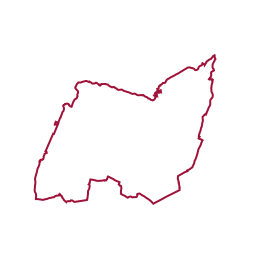 the district of Podenii Noi, Prahova, Romania, rotated 17°
{"feature_id": "2599482B3900560303357", "entity_name": "Podenii Noi", "entity_type": "district", "adm_level": 2, "iso_a3": "ROU", "parent_name": "Romania", "parent_adm1": "Prahova", "projection": "orthographic", "projection_center": [26.195, 45.112], "detail": "fine", "context": "isolated", "style": "outline", "palette": "rose", "viewbox_px": 256, "rotation_deg": 17, "n_neighbors": 0, "source": "geoboundaries", "source_scale": "gbopen_adm2", "svg_char_len": 5689}
<svg xmlns="http://www.w3.org/2000/svg" viewBox="0 0 256 256"><g transform="rotate(17 128 128)"><path d="M62.2,222.4L67.8,221.6L68.3,221.2L69.2,220.7L69.4,220.4L70.8,219.9L73.2,218.0L74.4,217.5L76.2,216.3L77.4,215.9L78.4,214.2L78.9,214.1L79.7,213.4L80.4,213.3L81.4,212.8L81.7,212.3L81.5,211.9L81.6,211.6L81.8,211.6L82.3,212.3L82.5,212.3L82.4,211.3L82.6,211.4L83.1,211.9L84.4,212.3L85.5,213.8L86.2,214.1L87.7,215.5L89.1,216.3L90.6,216.9L90.6,216.6L91.5,215.7L93.0,215.2L94.0,215.0L94.2,214.9L94.4,214.1L94.5,213.9L95.9,213.6L98.3,214.4L109.8,208.9L109.9,208.2L109.8,207.8L109.6,207.6L109.7,207.0L109.7,206.5L109.5,205.7L109.0,202.7L108.7,201.6L108.3,200.6L108.3,199.1L108.7,197.9L108.4,195.1L108.1,194.2L107.8,193.7L107.0,193.4L107.4,192.8L107.1,192.0L107.5,191.6L107.2,190.5L107.1,188.2L110.2,187.7L113.5,187.6L114.6,187.4L118.0,186.2L120.6,184.8L120.8,184.8L120.9,185.2L121.1,185.2L121.9,184.4L122.4,184.4L122.5,183.9L122.7,183.6L122.8,183.2L123.0,183.0L122.8,182.5L123.0,181.9L122.9,181.0L123.1,180.2L129.2,181.2L130.2,181.7L132.1,181.9L132.8,182.1L134.4,182.1L135.8,182.3L135.7,184.7L136.7,185.1L137.0,185.5L138.1,185.4L138.5,185.8L138.9,186.6L139.4,188.0L139.6,189.9L140.1,191.6L140.4,193.0L142.4,193.5L144.8,193.8L146.9,194.5L148.2,194.7L148.6,194.0L150.3,192.8L151.0,192.7L152.3,193.1L153.3,192.6L156.3,191.6L156.7,189.9L156.2,188.9L156.2,188.4L156.7,188.0L158.2,187.3L161.3,188.2L163.4,188.6L166.4,189.6L169.0,190.3L171.4,191.3L174.3,193.0L181.7,185.7L184.0,183.2L195.5,172.3L194.6,170.1L194.9,169.9L193.5,167.5L193.0,166.2L192.7,166.0L192.3,165.4L192.3,165.0L192.4,164.9L190.3,161.7L189.9,159.3L195.2,153.7L197.5,151.9L197.0,151.3L198.5,150.0L201.1,146.7L201.0,146.1L201.6,142.5L201.3,139.8L201.6,138.9L201.8,137.1L201.9,132.1L201.8,131.6L201.6,127.4L202.1,125.1L202.5,122.6L202.5,120.6L202.8,118.0L202.4,117.9L202.5,117.8L201.8,117.6L198.6,117.4L198.7,116.3L198.9,116.3L199.0,115.4L198.2,115.4L197.9,114.0L198.1,108.4L197.9,107.4L197.8,106.8L198.1,105.4L197.8,102.7L197.5,101.6L197.6,99.8L197.2,98.3L196.9,97.8L196.1,95.7L197.0,93.6L197.9,92.0L198.5,92.3L198.5,92.0L198.7,91.8L198.8,89.5L199.0,88.4L199.2,84.9L199.7,83.0L199.8,81.6L199.4,80.1L199.0,79.1L198.7,77.9L198.7,76.5L199.5,74.9L199.9,73.7L199.4,71.5L198.2,69.8L197.2,68.8L196.6,67.3L196.6,66.9L196.5,66.5L196.0,65.9L195.8,65.3L195.8,65.0L195.9,64.8L195.9,64.5L195.6,63.4L195.4,61.8L195.4,59.2L195.2,58.8L194.9,58.8L194.7,58.4L195.1,57.2L194.5,56.8L194.1,56.8L191.9,57.8L191.6,57.9L191.1,57.7L191.7,56.1L192.2,55.7L192.3,55.2L192.0,54.2L192.2,53.4L192.2,52.9L191.5,51.6L191.3,50.8L191.3,50.2L191.8,49.5L192.2,49.2L192.3,48.9L193.1,48.3L193.4,47.8L193.2,47.3L192.6,46.6L191.9,46.2L191.3,45.6L190.8,44.4L190.4,42.5L190.5,41.1L190.7,40.5L190.8,39.6L191.1,38.7L191.0,37.7L191.5,36.5L190.1,34.9L189.6,33.1L189.4,33.1L188.9,33.9L188.2,34.6L188.1,35.6L187.7,36.2L187.1,37.7L186.6,38.0L185.8,39.0L185.2,39.3L184.8,40.3L184.1,40.9L184.0,41.4L183.6,41.9L183.7,42.9L183.3,43.4L183.2,44.6L182.9,45.5L182.7,45.1L180.3,44.2L180.2,44.3L180.2,44.8L180.3,45.7L180.2,46.5L178.9,47.4L178.0,48.7L177.7,49.9L177.9,50.8L177.1,52.1L176.4,52.6L175.7,52.9L175.2,52.9L174.3,52.3L173.6,52.0L172.3,51.9L170.2,52.1L169.3,52.0L167.9,52.5L167.4,52.8L165.5,55.0L164.5,56.0L163.1,57.7L162.0,58.8L161.3,59.7L159.8,61.4L158.5,62.5L157.5,63.7L153.4,67.7L152.6,68.8L151.5,69.8L150.8,71.1L150.4,73.4L150.1,74.0L148.9,74.6L148.3,74.7L147.5,76.3L146.2,77.7L146.4,78.2L145.6,78.7L145.4,80.1L145.7,81.0L145.2,81.8L144.7,82.1L144.9,82.3L145.3,82.3L145.3,82.9L145.0,83.3L145.2,84.0L145.4,84.1L146.0,83.9L148.2,82.3L148.5,83.0L148.8,83.8L149.1,84.3L148.1,84.4L148.0,84.6L147.3,84.4L146.8,84.9L146.9,85.4L146.6,85.5L145.6,85.6L144.4,85.5L144.1,86.3L143.7,86.7L143.7,86.9L144.4,87.1L144.8,86.9L145.1,87.1L145.8,87.7L146.5,89.0L145.7,88.9L145.4,89.2L144.1,88.9L143.6,89.0L143.3,89.2L143.4,89.3L145.6,90.1L145.3,90.6L145.2,91.2L145.3,91.9L144.7,93.3L143.5,94.4L142.7,94.3L141.7,94.4L140.4,93.8L139.3,93.7L138.6,93.8L137.5,93.1L135.1,92.9L133.0,92.0L132.7,92.1L132.4,92.6L131.6,92.5L130.7,92.7L129.1,93.4L128.2,93.7L126.5,93.7L125.2,93.2L124.1,93.2L124.0,93.3L122.6,94.0L121.9,94.1L118.6,93.7L113.0,93.7L111.7,93.2L110.8,93.1L109.9,93.4L109.0,93.9L107.1,94.4L106.1,94.1L105.5,93.6L103.8,93.4L102.9,92.9L102.0,93.0L101.5,93.5L100.8,93.8L100.3,93.6L98.6,93.5L96.9,92.9L96.3,92.4L94.5,92.5L94.0,92.6L93.4,92.5L90.7,93.5L89.7,93.7L89.3,94.2L89.3,94.8L88.6,94.8L88.7,95.6L88.1,95.6L87.5,95.1L85.6,94.3L84.4,94.0L84.0,94.1L83.6,94.7L82.8,95.3L81.1,95.9L80.3,95.8L79.9,95.5L77.6,94.8L77.2,95.0L77.2,95.4L74.6,95.2L74.0,95.3L70.3,97.6L69.6,98.3L67.4,98.9L67.1,99.1L66.9,100.0L66.2,101.1L65.9,104.2L65.7,104.6L66.3,105.6L69.2,107.3L69.7,108.0L69.9,109.3L69.7,110.2L69.8,111.0L70.2,111.8L70.5,112.7L70.2,113.3L70.3,114.2L70.1,114.6L69.7,115.0L69.5,115.7L68.7,116.2L68.6,116.5L68.5,116.9L68.0,119.5L67.8,124.2L66.4,124.2L64.8,123.0L64.7,123.2L63.8,122.5L62.8,122.4L60.8,123.4L60.9,123.9L60.3,124.5L59.7,124.8L59.5,125.4L59.5,125.7L59.7,126.1L61.0,127.7L61.3,129.3L61.3,130.2L61.2,130.9L60.7,131.9L60.6,132.7L60.7,134.2L60.5,135.3L60.5,137.4L60.3,137.4L60.0,139.6L59.8,143.3L57.1,143.2L56.9,145.9L57.0,146.2L59.9,144.9L58.9,155.3L58.1,155.3L56.1,173.3L55.9,174.4L56.8,174.4L57.0,174.6L56.9,174.9L57.0,175.2L57.4,175.3L57.5,175.8L56.9,176.0L56.2,176.7L55.7,177.4L55.9,178.5L55.6,179.8L56.0,180.6L56.0,182.6L55.3,183.1L55.3,183.4L54.6,183.5L54.4,183.7L54.1,184.5L53.7,184.3L53.6,184.5L53.5,184.8L53.4,184.6L53.2,184.8L53.6,186.1L53.2,186.2L53.5,186.9L53.9,188.8L53.8,191.2L53.4,193.1L53.7,196.5L53.8,202.3L54.0,203.9L55.2,206.6L55.7,208.5L55.9,210.2L57.0,215.1L57.7,216.3L58.8,217.4L59.4,218.3L59.8,219.2L60.7,222.9L62.2,222.4Z" fill="none" stroke="#9f1239" stroke-width="2"/></g></svg>